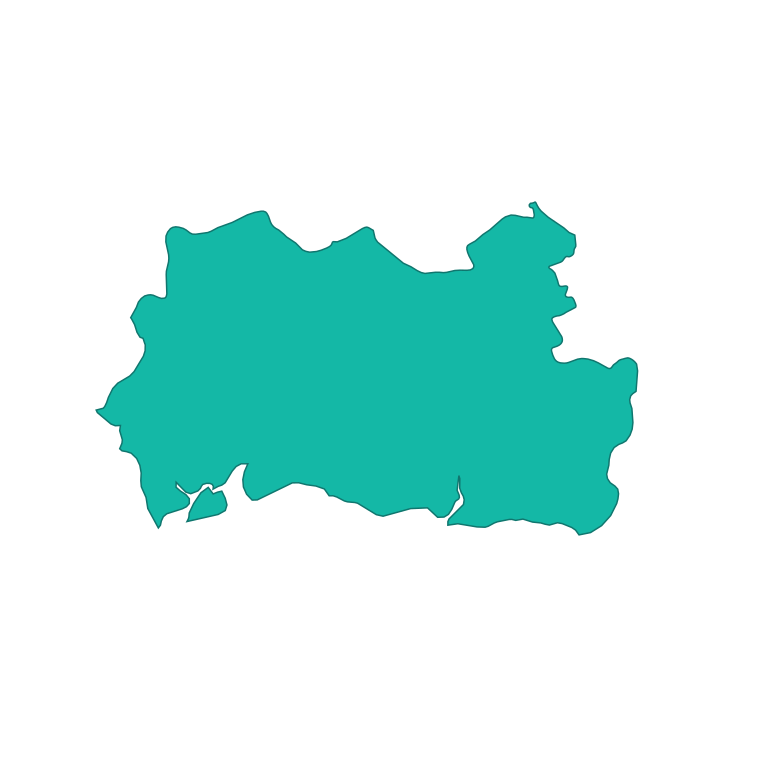 Esmeraldas, Albers equal-area conic projection, rotated 207°
{"feature_id": "ECU-1335", "entity_name": "Esmeraldas", "entity_type": "Province", "adm_level": 1, "iso_a3": "ECU", "parent_name": "Ecuador", "parent_adm1": "", "projection": "albers", "projection_center": [-79.299, 0.692], "detail": "fine", "context": "isolated", "style": "filled", "palette": "teal", "viewbox_px": 768, "rotation_deg": 207, "n_neighbors": 0, "source": "natural_earth", "source_scale": "10m", "svg_char_len": 5128}
<svg xmlns="http://www.w3.org/2000/svg" viewBox="0 0 768 768"><g transform="rotate(207 384 384)"><path d="M519.7,153.3L537.9,165.8L544.5,174.9L553.6,182.3L556.8,187.5L559.9,194.4L564.6,200.7L570.6,205.4L577.9,207.6L582.8,206.8L587.1,205.5L590.1,206.3L590.6,212.3L591.8,215.5L598.3,222.4L600.0,227.4L604.5,224.8L609.2,224.4L626.4,228.4L628.6,230.1L623.1,235.0L622.6,237.2L622.7,241.6L623.5,247.0L623.6,256.9L621.6,263.9L614.2,275.6L612.3,281.6L611.0,299.5L611.9,305.1L614.5,310.5L615.7,311.6L619.4,315.3L622.6,314.9L627.5,317.9L633.2,323.7L638.3,327.3L639.8,328.1L639.4,339.8L640.0,345.5L639.1,350.0L637.2,353.8L634.6,356.2L632.5,357.5L630.0,358.3L624.1,358.7L621.2,359.2L618.3,361.0L617.7,362.9L618.4,365.7L627.7,382.6L629.1,385.7L631.4,395.0L632.8,398.4L634.6,401.4L642.9,411.6L645.4,416.9L645.7,421.2L644.8,425.5L643.3,427.7L640.9,429.5L637.9,430.6L633.5,431.5L630.3,431.4L625.4,430.5L622.7,430.6L619.7,432.0L609.7,439.0L607.3,441.7L603.0,447.9L592.6,459.0L582.5,472.7L577.1,478.2L571.9,482.2L569.9,483.2L567.5,483.5L565.7,482.8L563.1,481.0L558.5,476.6L556.4,475.1L553.7,474.0L551.1,473.5L547.7,473.4L541.4,472.0L537.6,470.8L526.7,469.5L517.6,466.5L513.9,466.7L510.1,467.7L504.3,471.4L500.8,474.6L496.9,479.0L495.1,481.5L494.2,483.3L494.1,485.0L494.3,487.0L493.8,487.8L490.1,489.5L483.8,496.6L473.8,512.7L472.0,514.9L470.5,516.0L468.7,516.3L463.3,516.0L458.3,510.0L456.7,508.9L454.1,507.5L421.6,500.4L413.2,500.7L406.0,500.1L401.4,500.2L397.7,501.1L388.9,506.9L385.6,508.6L381.6,510.2L378.9,511.9L372.4,517.3L367.8,520.0L361.8,522.9L358.9,524.8L357.2,527.2L357.2,529.3L358.2,531.0L366.2,536.6L369.1,539.1L371.2,541.5L372.2,543.5L372.3,545.3L371.3,547.3L367.5,552.9L363.7,562.1L359.7,569.3L353.6,584.6L351.7,588.0L347.5,592.2L343.5,593.9L335.1,596.0L332.3,597.5L326.7,599.4L326.2,600.8L326.8,602.8L330.1,607.2L331.2,608.1L332.1,608.2L333.0,607.9L333.9,607.8L335.2,608.4L335.9,609.5L335.6,611.4L334.1,612.4L333.0,613.4L332.0,614.7L331.2,614.6L328.1,612.3L325.7,610.8L322.5,609.4L313.4,607.1L294.5,604.7L287.9,603.0L281.6,603.3L276.3,595.1L275.6,593.6L275.7,591.0L275.6,590.0L274.5,587.1L274.3,586.0L274.5,585.0L274.9,583.9L275.5,582.9L276.1,582.1L276.7,581.5L277.3,581.2L278.6,580.8L279.2,580.5L279.5,580.1L279.9,579.6L280.1,579.0L280.4,577.5L280.7,575.4L281.1,574.1L281.9,572.8L290.1,564.0L290.2,563.4L290.2,562.9L289.6,562.4L288.7,562.1L286.6,562.0L284.6,561.4L282.1,560.4L276.2,554.8L274.1,552.4L272.8,551.3L271.5,551.0L269.7,551.7L267.2,553.5L266.3,554.0L265.4,554.1L264.7,553.9L264.2,553.2L263.7,551.4L263.1,546.2L262.5,545.2L261.7,544.5L260.1,544.6L259.1,544.9L257.9,545.6L257.2,546.1L256.2,546.5L254.7,546.2L253.0,545.2L249.6,542.2L248.5,540.9L248.1,539.7L248.4,538.9L254.3,530.6L255.6,528.3L257.3,526.1L258.8,524.5L261.0,523.0L262.9,521.1L263.6,520.0L264.0,519.2L264.0,518.6L263.8,517.8L263.1,517.0L261.9,515.8L247.2,506.9L246.2,505.9L245.4,504.8L244.8,503.7L244.5,502.5L244.5,501.3L244.7,500.2L245.1,499.1L245.6,498.1L246.9,496.3L250.1,493.0L250.4,492.4L250.5,491.8L250.5,491.3L250.4,490.7L250.0,489.9L249.3,489.0L246.8,486.4L243.7,483.9L242.4,483.2L240.6,482.6L238.7,482.5L236.4,482.9L232.8,484.4L230.9,485.6L229.3,487.0L222.8,494.0L219.5,496.4L217.6,497.3L213.6,498.8L207.8,499.9L202.6,500.1L192.1,499.7L191.1,499.8L190.2,500.1L189.6,500.5L189.1,501.1L188.8,501.8L188.2,505.2L186.4,508.8L185.4,511.5L184.6,512.7L183.5,513.8L182.1,515.0L181.0,516.1L178.9,517.8L177.9,518.2L176.6,518.4L174.6,518.4L172.4,518.1L170.1,517.4L168.0,516.4L164.0,510.8L156.1,491.9L158.0,488.3L158.8,485.5L158.0,481.6L156.2,478.9L152.0,474.7L144.7,462.6L142.4,456.5L141.6,450.2L142.5,443.3L144.7,439.8L147.4,436.8L150.1,431.9L150.7,425.4L149.1,419.1L146.8,413.7L144.7,404.8L141.9,401.1L137.6,398.7L131.9,397.9L128.0,396.4L125.2,392.7L123.4,387.8L122.4,383.1L122.3,369.7L125.8,356.6L132.5,345.4L141.7,338.1L147.0,340.8L151.6,341.4L161.9,340.5L166.5,339.1L172.6,333.4L176.8,332.2L181.2,331.4L189.0,328.4L198.9,326.7L204.7,322.3L208.6,321.4L210.9,320.2L220.4,312.7L222.6,310.3L226.6,304.5L228.9,302.3L236.2,298.9L254.8,293.0L263.0,287.2L264.6,290.4L264.8,293.3L258.5,312.7L260.0,317.3L262.5,320.1L265.8,322.3L269.3,325.6L273.5,334.1L275.7,336.4L270.6,322.5L266.6,319.1L265.3,317.1L265.3,315.4L266.9,312.5L267.2,310.8L266.7,303.0L267.4,297.1L270.1,292.7L275.7,289.6L289.0,293.4L303.7,285.1L324.8,265.8L331.5,264.1L353.4,265.8L356.1,265.2L363.1,262.4L366.2,261.8L374.7,261.9L378.6,261.3L382.1,259.5L389.5,263.4L398.3,262.2L407.2,259.1L415.1,257.3L420.8,254.3L444.3,223.2L448.8,220.7L456.4,223.4L462.5,228.4L466.4,234.8L468.5,242.4L469.1,251.1L475.1,248.0L478.3,243.4L479.7,237.5L480.7,223.9L482.6,220.3L485.3,217.5L488.6,212.7L489.6,215.4L491.5,216.6L494.0,216.4L497.1,214.9L499.9,212.2L500.3,210.0L500.2,207.6L501.3,204.2L506.4,198.5L511.5,197.7L524.6,202.1L522.4,197.6L516.8,196.2L510.3,195.5L505.4,193.4L503.2,189.1L504.3,185.0L507.0,181.3L518.6,169.8L520.4,165.6L520.2,160.9L519.1,156.7L519.7,153.3ZM497.1,172.0L497.1,175.0L497.5,177.0L499.0,180.7L499.3,191.1L497.8,203.9L493.7,212.1L486.3,208.5L483.3,212.0L479.9,214.9L473.6,210.1L469.0,204.9L468.0,199.2L472.5,192.5L497.1,172.0Z" fill="#14b8a6" stroke="#0f766e" stroke-width="1.5"/></g></svg>